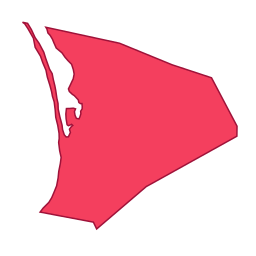 Rummana, Shamal Sina', Egypt (Albers equal-area conic projection), rotated 272°
{"feature_id": "37247803B2824633862511", "entity_name": "Rummana", "entity_type": "district", "adm_level": 2, "iso_a3": "EGY", "parent_name": "Egypt", "parent_adm1": "Shamal Sina'", "projection": "albers", "projection_center": [32.731, 30.963], "detail": "fine", "context": "isolated", "style": "filled", "palette": "rose", "viewbox_px": 256, "rotation_deg": 272, "n_neighbors": 0, "source": "geoboundaries", "source_scale": "gbopen_adm2", "svg_char_len": 1418}
<svg xmlns="http://www.w3.org/2000/svg" viewBox="0 0 256 256"><g transform="rotate(272 128 128)"><path d="M225.8,42.4L224.1,43.5L220.1,44.7L217.8,47.0L214.1,49.4L210.5,51.0L205.4,53.5L200.8,59.4L196.5,62.6L193.3,65.6L189.7,69.4L184.5,71.3L180.0,72.3L175.1,71.5L172.4,70.3L168.4,68.6L165.0,67.1L162.4,68.1L159.7,71.2L158.5,73.2L154.4,77.3L151.8,78.0L150.7,79.6L150.8,81.1L147.9,81.5L145.5,81.5L143.1,80.1L140.6,80.4L137.6,79.6L135.4,78.7L135.8,76.1L138.9,74.6L142.5,73.9L145.3,74.9L145.9,72.7L145.5,69.2L145.3,65.8L142.8,65.6L139.8,65.4L135.2,65.8L132.6,66.3L129.2,67.0L128.2,68.3L129.0,70.2L129.7,71.5L128.6,72.7L127.6,71.5L124.8,69.5L121.5,70.6L117.1,68.7L116.9,66.5L118.9,64.6L124.0,62.7L128.5,62.0L132.9,60.7L136.8,59.5L144.4,57.6L150.1,57.2L155.1,55.9L162.8,54.5L167.7,53.4L173.7,51.7L179.7,50.3L184.1,47.5L188.2,45.9L194.5,43.4L200.8,41.2L209.5,36.2L215.1,32.0L223.0,28.0L229.1,24.0L230.0,18.9L228.6,21.1L224.0,24.4L219.3,27.3L214.5,30.3L205.4,32.4L196.8,38.0L190.4,40.5L182.9,44.0L176.1,45.6L167.5,48.6L161.5,50.4L157.0,51.4L151.6,53.3L143.5,54.6L136.3,55.4L132.7,56.4L128.2,57.7L120.2,59.3L115.1,59.6L111.2,59.2L102.9,60.5L96.3,62.2L90.0,61.6L82.1,60.3L75.6,59.9L67.7,58.7L61.1,56.3L55.7,54.2L50.9,51.5L45.0,46.0L40.9,43.1L37.5,65.2L32.7,96.7L26.0,100.2L70.4,148.6L70.4,148.8L123.6,237.1L133.6,236.9L181.1,209.7L192.7,169.9L212.4,116.6L225.8,42.4Z" fill="#f43f5e" stroke="#9f1239" stroke-width="1.5"/></g></svg>